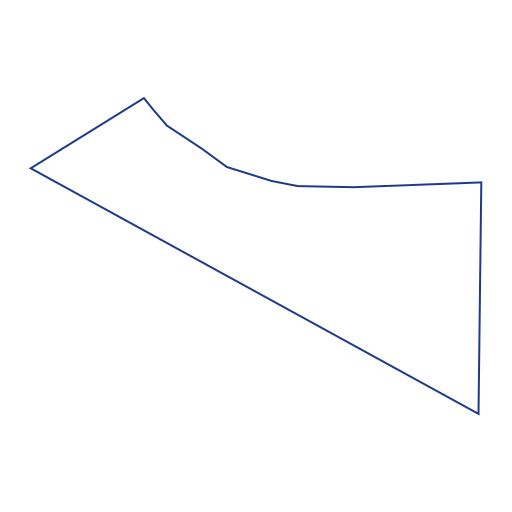 43, Ar Rayyān, Qatar
{"feature_id": "91078587B15697971941315", "entity_name": "43", "entity_type": "district", "adm_level": 2, "iso_a3": "QAT", "parent_name": "Qatar", "parent_adm1": "Ar Rayyān", "projection": "mercator", "projection_center": [51.504, 25.251], "detail": "fine", "context": "isolated", "style": "outline", "palette": "blue", "viewbox_px": 512, "rotation_deg": 0, "n_neighbors": 0, "source": "geoboundaries", "source_scale": "gbopen_adm2", "svg_char_len": 268}
<svg xmlns="http://www.w3.org/2000/svg" viewBox="0 0 512 512"><path d="M30.7,168.3L478.5,413.9L481.3,182.4L353.8,187.2L297.8,186.1L271.6,181.0L226.8,167.0L201.7,148.6L167.0,125.7L153.0,109.4L143.9,98.1L30.7,168.3Z" fill="none" stroke="#1e3a8a" stroke-width="2"/></svg>